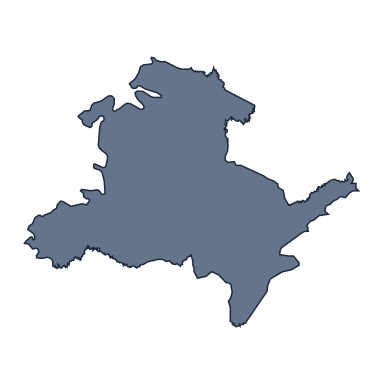 Seka, Bueng Kan, Thailand, rotated 91°
{"feature_id": "78962969B66355346971085", "entity_name": "Seka", "entity_type": "district", "adm_level": 2, "iso_a3": "THA", "parent_name": "Thailand", "parent_adm1": "Bueng Kan", "projection": "albers", "projection_center": [103.903, 18.0], "detail": "fine", "context": "isolated", "style": "filled", "palette": "slate", "viewbox_px": 384, "rotation_deg": 91, "n_neighbors": 0, "source": "geoboundaries", "source_scale": "gbopen_adm2", "svg_char_len": 5996}
<svg xmlns="http://www.w3.org/2000/svg" viewBox="0 0 384 384"><g transform="rotate(91 192 192)"><path d="M268.8,329.7L268.4,327.5L269.5,327.9L270.6,325.9L269.7,325.8L270.1,324.5L269.0,324.0L266.7,324.7L267.8,323.4L269.6,322.8L270.4,321.4L267.6,318.5L269.5,317.3L268.4,316.6L269.4,315.5L265.5,314.8L266.8,313.6L263.6,313.3L263.4,311.8L262.2,310.9L262.4,309.1L259.7,308.5L258.7,307.3L260.0,306.8L260.7,305.6L259.6,305.1L260.7,304.3L259.5,303.4L261.0,303.7L262.1,302.7L261.4,301.6L259.9,302.3L258.1,300.3L256.5,300.2L255.6,298.2L253.4,298.8L250.8,296.8L249.9,294.9L249.4,296.2L247.5,295.1L249.3,293.3L250.5,293.7L251.2,293.0L249.2,289.6L250.6,289.1L251.7,290.6L252.4,290.2L249.8,287.8L250.1,286.2L251.0,287.0L252.3,285.5L249.8,285.9L249.6,284.3L250.8,283.3L252.4,284.1L253.1,283.7L252.8,282.6L255.1,279.7L254.8,278.2L256.0,278.4L256.4,277.6L255.4,274.5L259.3,272.4L259.1,271.4L258.1,271.6L258.6,270.8L257.9,270.3L260.0,269.8L260.6,266.9L263.0,266.0L263.0,264.3L264.0,263.4L263.6,262.3L264.7,259.8L265.2,259.8L264.9,258.9L266.7,259.2L266.1,258.4L266.6,257.1L265.5,256.2L267.7,255.0L267.8,253.2L268.4,253.2L268.2,251.5L267.1,250.8L267.1,248.6L269.0,246.0L267.5,244.2L267.6,242.9L266.8,243.0L265.6,241.8L265.3,239.4L262.6,235.2L259.9,224.6L260.0,219.7L261.8,217.1L261.2,213.1L263.5,211.3L263.3,210.1L264.5,209.7L264.7,207.0L263.8,205.8L266.3,202.3L265.3,202.0L264.5,200.2L262.5,200.5L260.4,198.4L260.0,196.7L257.2,195.5L256.2,192.5L255.3,192.6L255.0,191.9L260.6,190.0L265.3,189.8L269.0,188.4L271.4,188.7L278.1,184.9L276.1,176.4L271.3,171.1L274.4,163.9L282.0,156.3L282.2,153.9L284.5,150.9L286.1,151.3L290.5,150.1L293.8,150.5L298.7,152.1L300.6,153.7L307.1,151.6L320.6,151.5L321.4,149.6L323.1,149.4L322.9,148.9L323.6,148.7L323.2,147.9L324.4,148.2L324.8,146.6L325.5,146.4L325.9,145.3L324.6,142.5L325.2,141.9L323.7,142.2L324.5,141.3L323.4,140.7L323.5,138.2L322.0,138.0L322.4,136.6L290.1,115.3L284.3,114.7L277.6,112.2L270.3,100.4L268.0,91.3L263.4,83.7L260.8,83.8L254.2,89.5L254.3,94.4L253.1,103.3L249.2,102.9L246.2,101.6L230.8,81.3L229.4,78.7L229.2,75.0L227.7,75.8L225.9,75.3L223.8,76.8L219.5,73.5L217.5,69.1L213.4,64.6L211.8,55.3L209.1,58.7L204.3,58.2L203.4,57.4L201.9,53.7L198.3,50.2L196.9,47.0L193.8,43.6L195.0,38.5L190.5,34.9L188.1,31.4L187.9,25.4L185.3,28.2L180.5,28.2L180.6,33.0L177.8,31.1L176.0,31.0L170.0,35.0L172.9,37.1L175.4,37.6L176.8,36.3L178.2,37.3L176.9,39.2L178.4,39.3L179.6,40.3L178.5,41.9L179.4,43.9L178.1,45.2L177.9,47.5L176.7,49.7L178.3,54.2L181.1,57.7L181.3,59.6L182.6,58.8L183.3,59.2L182.6,60.9L183.3,62.3L184.4,62.4L184.7,61.6L185.2,62.2L184.5,65.7L185.7,66.3L185.6,65.6L186.4,65.5L186.1,66.4L187.5,66.4L186.9,66.8L187.5,67.3L188.7,66.8L189.4,67.7L189.1,69.5L190.7,70.7L190.4,72.5L192.4,74.2L195.6,74.2L195.5,75.4L196.9,75.4L196.6,75.9L197.5,76.3L197.1,76.7L198.1,77.4L198.7,76.9L199.3,77.8L199.9,79.1L198.9,79.8L198.5,81.1L200.5,82.0L199.6,82.6L200.4,83.4L199.7,83.7L200.4,84.5L199.8,84.4L199.3,86.5L200.6,87.4L200.7,89.6L201.8,90.1L202.4,92.4L203.5,93.0L203.0,93.9L203.8,94.1L203.6,95.0L197.1,99.0L188.7,100.9L186.2,105.7L182.1,106.6L180.9,109.1L179.9,109.7L177.6,116.1L174.5,120.9L164.5,143.7L164.6,148.5L160.9,150.4L161.7,156.1L160.1,159.2L156.5,159.6L150.3,157.2L145.0,156.8L141.6,157.3L140.6,156.8L140.1,158.0L138.7,157.0L138.0,157.2L138.1,157.9L135.3,159.6L132.1,159.5L131.4,157.9L129.3,157.9L128.2,159.3L130.0,160.1L128.8,161.0L124.9,158.4L123.7,160.0L123.4,158.6L122.4,158.1L121.5,159.8L119.4,159.6L120.5,157.4L116.2,153.9L117.3,153.0L118.0,154.1L119.3,153.7L117.7,151.9L120.1,149.4L120.4,147.0L119.7,146.9L119.4,145.8L123.5,141.7L121.2,140.1L117.1,140.4L121.0,138.3L120.5,137.3L118.6,136.9L119.7,135.9L117.6,135.9L117.1,135.2L116.8,136.0L115.6,135.5L115.5,136.3L114.4,135.9L114.0,136.6L112.7,135.4L113.0,134.9L112.2,133.1L111.2,133.3L111.6,132.5L110.3,132.1L110.9,131.7L110.4,131.0L109.0,131.3L109.4,132.3L107.0,132.4L107.6,131.1L104.3,130.8L89.5,160.6L87.5,161.5L86.2,163.1L84.3,161.8L82.0,162.1L80.6,164.6L79.6,164.7L78.7,167.5L76.4,167.4L76.1,168.0L76.0,167.1L74.4,167.4L73.6,168.5L72.7,168.4L72.9,169.3L70.3,169.9L70.7,170.4L69.6,170.9L70.0,171.7L67.4,172.5L72.5,174.0L72.5,175.5L73.6,175.3L73.9,176.6L74.8,176.6L74.4,177.3L75.6,177.9L75.1,178.6L76.3,178.7L74.6,181.3L73.5,182.1L72.3,181.2L71.3,183.0L72.0,183.4L71.1,186.1L72.0,187.3L71.1,188.8L71.6,189.9L70.9,190.5L71.7,191.3L69.6,194.1L67.8,194.9L69.3,196.7L69.4,204.2L68.0,209.1L61.9,221.6L62.4,223.9L62.0,227.4L61.3,228.0L61.7,229.1L58.5,232.3L58.1,234.8L58.9,235.3L62.4,233.5L63.9,233.8L64.8,235.2L65.7,242.5L67.7,245.8L73.4,247.2L80.0,250.9L84.9,256.5L89.2,253.5L89.4,250.5L88.5,248.8L86.9,248.2L86.9,245.7L89.9,240.4L93.5,228.3L96.1,224.4L98.0,224.4L98.1,232.3L97.0,235.4L92.3,242.7L92.0,248.6L93.9,250.7L97.4,249.7L100.4,247.8L105.6,242.5L108.0,241.4L109.6,241.8L110.3,245.0L105.1,254.5L104.4,258.2L105.2,260.3L109.1,264.8L112.7,270.9L112.0,272.3L110.3,273.0L105.9,271.4L100.1,271.3L97.4,273.9L97.3,276.9L102.8,284.7L104.8,291.6L106.9,293.6L112.3,295.5L112.9,301.0L118.0,307.0L119.1,306.8L122.0,303.1L124.7,302.6L126.8,301.1L129.3,295.0L128.2,293.5L124.8,292.8L121.0,287.6L117.7,285.6L117.4,282.8L119.0,281.3L121.7,281.3L123.9,283.9L128.7,285.4L146.8,286.5L150.0,285.3L155.8,278.0L158.0,277.0L160.9,277.2L167.6,278.6L168.9,279.5L169.2,281.4L165.6,289.8L166.2,290.6L167.7,290.8L170.1,290.1L171.7,284.5L174.0,282.3L182.1,280.0L194.3,278.9L195.5,279.6L195.9,281.0L195.5,282.5L192.3,284.8L191.5,286.9L192.5,293.1L191.4,302.5L192.8,303.5L195.1,300.4L198.4,300.4L200.6,297.4L200.7,295.2L201.7,294.4L203.4,294.8L206.6,297.3L205.7,301.9L208.5,312.7L203.9,320.6L203.4,323.1L206.8,326.3L210.7,327.2L212.5,330.2L215.2,332.8L217.4,338.7L219.3,341.1L217.9,343.8L218.1,345.2L220.4,348.5L226.5,350.9L228.8,354.3L232.4,355.5L236.4,349.7L238.8,348.6L241.8,348.4L242.7,349.8L239.9,351.0L239.6,352.3L244.0,357.2L246.3,358.6L246.8,354.6L251.8,350.3L250.8,346.6L251.3,345.6L254.7,343.9L258.5,346.6L260.6,345.9L261.0,341.2L259.8,335.5L260.8,332.1L262.9,330.3L268.8,329.7Z" fill="#64748b" stroke="#1e293b" stroke-width="1.5"/></g></svg>